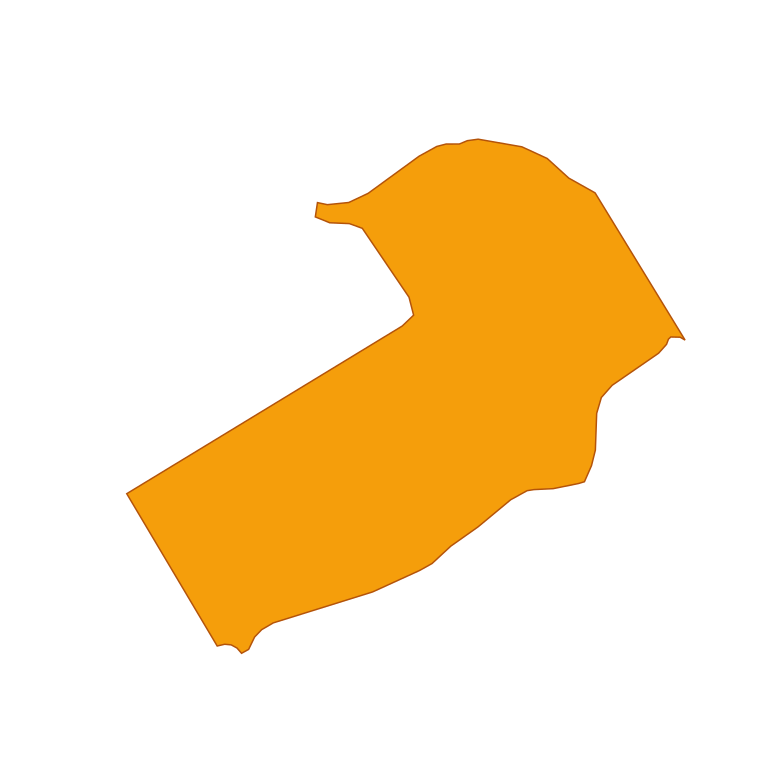 an SVG outline of Davao, rotated 238°
{"feature_id": "PHL-5528", "entity_name": "Davao", "entity_type": "Highly Urbanized City", "adm_level": 1, "iso_a3": "PHL", "parent_name": "Philippines", "parent_adm1": "", "projection": "natural_earth1", "projection_center": [125.415, 7.306], "detail": "fine", "context": "isolated", "style": "filled", "palette": "amber", "viewbox_px": 768, "rotation_deg": 238, "n_neighbors": 0, "source": "natural_earth", "source_scale": "10m", "svg_char_len": 843}
<svg xmlns="http://www.w3.org/2000/svg" viewBox="0 0 768 768"><g transform="rotate(238 384 384)"><path d="M573.1,423.7L573.0,423.8L566.1,431.0L556.6,450.3L554.1,471.6L558.6,534.6L557.5,554.6L554.6,563.8L547.6,575.1L546.2,583.6L541.7,593.6L512.1,626.6L488.8,641.9L460.7,649.8L434.2,664.3L261.7,662.6L266.8,659.9L271.9,652.1L271.3,649.0L267.9,644.6L264.6,633.2L262.0,576.8L257.4,561.2L246.4,548.8L215.9,528.2L204.8,516.7L194.9,502.2L196.5,496.3L205.6,472.0L215.0,455.2L217.7,448.8L218.7,430.1L213.0,388.0L211.1,354.7L206.3,329.6L207.0,315.4L213.7,264.2L240.1,163.5L240.5,150.1L238.0,140.2L230.7,128.6L231.1,120.5L238.0,119.4L243.7,116.2L243.8,116.1L247.7,111.0L250.2,103.7L427.3,107.7L423.5,430.2L426.7,445.6L444.3,451.2L527.5,448.1L538.4,439.6L549.5,423.4L562.1,414.3L573.1,423.7Z" fill="#f59e0b" stroke="#b45309" stroke-width="1.5"/></g></svg>